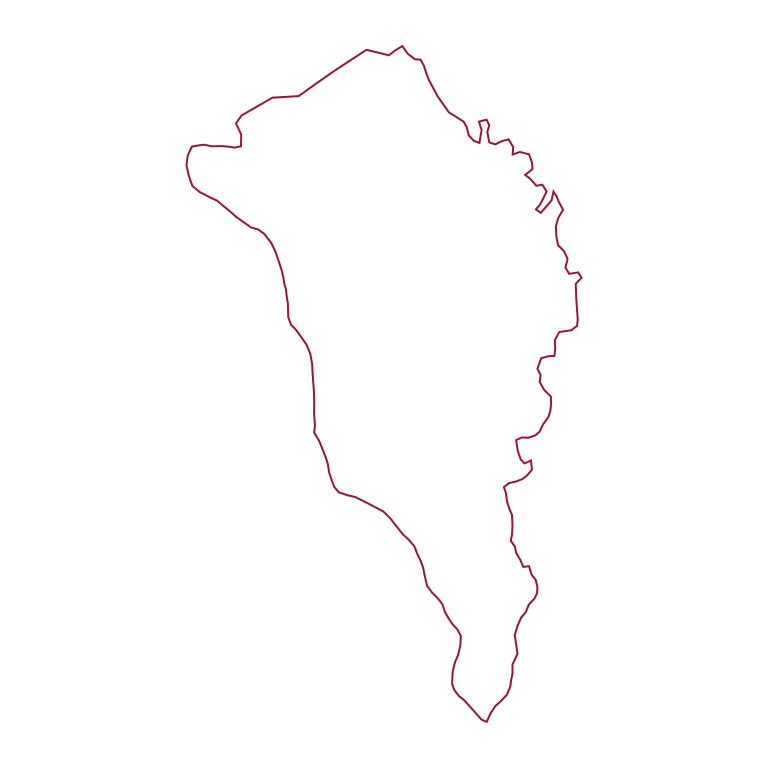 the district of Cachoeira, Bahia, Brazil
{"feature_id": "56859067B44704214105859", "entity_name": "Cachoeira", "entity_type": "district", "adm_level": 2, "iso_a3": "BRA", "parent_name": "Brazil", "parent_adm1": "Bahia", "projection": "robinson", "projection_center": [-38.874, -12.677], "detail": "fine", "context": "isolated", "style": "outline", "palette": "rose", "viewbox_px": 768, "rotation_deg": 0, "n_neighbors": 0, "source": "geoboundaries", "source_scale": "gbopen_adm2", "svg_char_len": 2822}
<svg xmlns="http://www.w3.org/2000/svg" viewBox="0 0 768 768"><path d="M420.7,59.7L415.0,59.3L407.8,53.8L402.3,46.1L394.8,50.7L388.9,55.3L366.5,49.8L344.6,64.1L333.5,71.4L315.3,84.2L298.6,96.1L272.3,97.7L241.5,115.5L236.0,123.4L241.2,134.5L241.0,146.3L234.8,147.6L229.2,146.7L221.7,146.1L211.6,146.3L204.1,144.7L198.6,145.4L191.9,146.6L187.7,155.5L186.5,165.4L188.2,173.3L189.9,179.2L192.5,186.1L200.0,192.3L205.0,194.7L210.1,197.5L217.0,200.6L222.2,205.1L228.9,210.5L236.8,217.4L244.1,222.5L251.1,227.5L258.3,229.5L264.3,234.0L271.2,242.9L275.5,251.8L279.1,262.3L281.6,270.1L283.3,277.2L284.2,283.3L285.9,289.2L286.7,296.2L287.9,303.7L288.1,311.2L288.3,317.5L291.1,324.8L295.3,329.0L300.6,336.2L306.6,344.8L310.4,354.2L312.1,364.1L312.7,374.7L313.9,391.4L314.2,400.1L314.1,414.0L315.0,425.9L314.1,432.5L319.2,441.0L323.1,450.6L325.9,457.8L327.9,464.3L329.1,472.3L331.4,479.4L334.3,487.0L338.9,492.4L347.8,495.3L355.1,497.0L362.8,500.8L373.1,506.1L383.2,511.4L390.2,518.2L397.1,527.1L402.9,534.4L408.4,539.4L414.3,546.3L417.2,553.7L420.7,561.0L423.1,567.5L424.5,574.7L427.1,586.0L432.3,592.9L438.0,598.5L442.6,604.6L445.0,612.2L448.7,618.5L452.4,624.1L457.5,629.6L460.8,635.9L460.4,645.1L458.1,655.0L454.9,662.5L452.7,671.7L452.1,683.9L454.4,690.2L458.8,695.9L463.9,700.0L469.3,705.9L475.4,712.7L481.4,719.6L486.7,721.9L490.4,713.7L495.2,706.2L500.3,701.6L506.9,694.8L510.3,686.5L511.2,679.7L512.5,673.9L512.5,664.4L517.5,653.9L516.3,645.1L514.7,635.0L517.8,625.1L521.2,617.5L525.8,612.2L528.8,604.6L534.5,598.5L537.1,593.1L537.4,586.9L535.6,579.7L531.6,574.8L529.0,566.2L523.3,566.9L520.2,559.7L516.1,552.7L514.9,546.5L510.8,540.9L512.0,534.7L512.5,525.8L512.0,515.0L509.5,509.1L507.1,501.8L505.9,493.0L503.9,487.1L508.9,483.2L516.0,481.5L522.2,479.2L527.3,475.2L531.9,469.7L531.0,460.5L524.6,463.4L520.7,459.5L517.8,450.9L516.1,440.1L521.8,437.5L528.5,437.7L535.1,435.5L539.5,431.8L543.1,424.3L548.3,417.1L550.4,410.6L551.1,403.9L550.9,396.6L544.1,389.8L539.7,381.9L540.6,375.0L537.4,368.7L541.2,358.2L548.1,356.3L554.4,355.9L555.2,349.0L555.0,339.9L559.3,332.0L571.3,330.3L577.1,325.8L577.7,319.4L577.1,310.6L576.3,299.2L576.0,290.2L575.7,283.9L581.5,277.8L578.3,272.4L569.1,273.8L565.4,267.6L567.6,259.0L564.2,251.4L558.1,245.3L556.4,236.7L555.9,226.5L558.4,217.6L563.1,209.8L559.0,202.3L556.7,196.6L553.5,191.6L551.5,200.5L546.0,206.8L540.8,212.8L535.9,209.4L540.0,204.6L543.1,198.8L546.6,191.4L542.3,184.7L536.4,185.8L530.2,178.8L525.2,174.9L532.5,169.0L532.0,162.7L529.0,154.3L519.8,152.0L512.7,154.5L513.2,147.0L508.6,139.4L501.3,141.3L495.4,144.4L489.3,142.4L487.3,131.9L489.3,125.3L486.6,119.7L478.9,121.6L481.6,129.9L479.4,143.0L473.7,140.7L468.8,135.4L466.7,127.2L463.6,121.6L455.5,116.5L448.9,112.4L437.8,96.6L428.8,79.9L425.9,72.1L423.9,65.8L420.7,59.7Z" fill="none" stroke="#9f1239" stroke-width="2"/></svg>